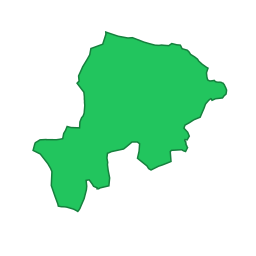 the district of Warawa, Kano, Nigeria, rotated 285°
{"feature_id": "59680162B63361885953813", "entity_name": "Warawa", "entity_type": "district", "adm_level": 2, "iso_a3": "NGA", "parent_name": "Nigeria", "parent_adm1": "Kano", "projection": "mercator", "projection_center": [8.76, 11.903], "detail": "fine", "context": "isolated", "style": "filled", "palette": "green", "viewbox_px": 256, "rotation_deg": 285, "n_neighbors": 0, "source": "geoboundaries", "source_scale": "gbopen_adm2", "svg_char_len": 2576}
<svg xmlns="http://www.w3.org/2000/svg" viewBox="0 0 256 256"><g transform="rotate(285 128 128)"><path d="M214.9,81.7L212.9,82.4L202.4,81.9L195.7,72.4L195.2,71.6L188.8,72.1L183.7,70.8L175.1,68.3L174.0,68.2L165.6,66.8L165.2,66.9L160.7,68.6L158.1,67.2L153.8,72.7L151.2,76.1L146.8,77.8L144.5,78.4L143.0,79.0L141.3,79.4L138.7,80.4L131.0,81.8L128.0,81.5L125.8,80.5L121.4,80.0L115.6,81.2L113.7,72.8L113.7,68.8L109.6,68.3L106.1,67.3L100.8,67.7L99.4,64.9L98.1,61.8L95.6,52.1L95.7,51.9L93.8,46.1L89.8,42.3L88.2,42.1L81.8,42.1L80.2,50.0L72.8,59.8L68.9,63.7L66.2,65.8L52.6,68.8L43.1,75.2L36.6,79.8L34.5,80.9L34.7,83.9L35.4,86.9L35.7,88.8L35.7,90.8L35.6,94.5L35.5,96.7L34.9,99.4L34.4,101.1L36.2,101.9L38.0,102.4L40.4,102.7L48.4,103.9L57.6,103.8L61.1,103.2L66.6,101.1L67.9,103.9L67.1,104.9L65.7,106.6L64.3,108.3L62.8,109.8L62.2,113.7L61.9,113.7L61.3,113.8L61.4,114.2L61.4,114.5L61.5,114.8L61.6,115.1L61.7,115.4L61.9,115.5L62.1,115.8L62.3,115.9L63.0,116.7L67.2,124.5L75.0,123.2L81.9,119.8L87.3,117.6L89.5,117.3L93.5,115.4L98.3,114.7L98.7,115.4L100.9,118.1L106.6,129.2L109.3,131.2L115.5,135.5L116.9,140.6L115.8,143.3L108.5,144.7L101.2,145.0L96.3,156.1L94.1,158.5L93.4,161.1L99.0,167.4L101.1,170.6L104.4,175.1L106.8,178.2L116.2,174.9L116.7,175.2L117.7,175.8L120.9,185.5L120.3,187.6L120.3,187.9L120.2,189.7L124.5,190.6L124.7,190.4L125.0,190.1L125.2,189.8L125.6,189.5L126.0,189.3L126.3,189.1L126.6,188.8L126.8,188.5L126.9,188.3L127.1,188.1L127.6,188.2L127.8,188.0L128.0,187.9L128.3,187.9L128.5,187.7L128.8,187.4L129.4,187.5L129.5,187.3L129.7,187.1L129.9,186.8L130.1,186.4L130.4,186.1L130.7,186.0L130.8,186.0L131.1,185.9L131.6,186.0L131.8,188.2L136.0,189.3L136.6,188.8L139.3,186.8L142.3,182.1L145.5,182.3L148.9,185.8L153.0,189.5L157.1,194.9L163.4,195.8L166.7,196.3L169.3,196.5L170.7,196.6L171.1,196.7L172.0,197.0L173.4,197.7L175.5,198.7L176.0,199.0L177.8,200.4L177.8,200.7L176.5,202.0L178.9,204.9L181.5,211.5L184.0,212.5L186.1,213.9L188.3,213.7L190.2,213.4L191.9,212.1L192.4,211.8L193.5,210.7L194.4,210.1L195.9,208.2L195.8,207.6L196.1,206.8L196.2,206.1L196.0,204.7L195.5,203.1L195.4,202.1L195.3,201.3L195.5,200.7L195.6,200.0L196.3,199.0L195.6,197.5L194.8,195.6L194.6,194.4L195.1,192.5L197.7,191.0L201.6,189.5L203.8,189.6L206.5,189.8L206.9,188.2L208.8,183.1L210.9,179.0L212.5,177.3L213.9,174.0L215.3,169.4L217.4,167.1L218.5,165.1L218.6,159.7L221.4,157.3L221.6,157.0L221.0,153.7L220.9,148.4L218.1,146.1L217.2,141.4L216.8,138.9L215.8,136.5L215.0,132.7L215.0,128.1L215.0,126.3L215.1,121.1L216.4,108.9L214.9,104.6L214.1,94.8L214.9,81.7Z" fill="#22c55e" stroke="#15803d" stroke-width="1.5"/></g></svg>